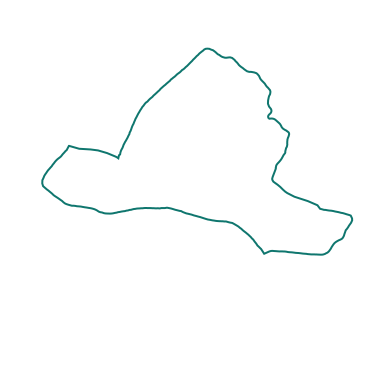 the district of Cidade De Tete, Tete, Mozambique, rotated 331°
{"feature_id": "85939544B33116803936279", "entity_name": "Cidade De Tete", "entity_type": "district", "adm_level": 2, "iso_a3": "MOZ", "parent_name": "Mozambique", "parent_adm1": "Tete", "projection": "orthographic", "projection_center": [33.575, -16.158], "detail": "fine", "context": "isolated", "style": "outline", "palette": "teal", "viewbox_px": 384, "rotation_deg": 331, "n_neighbors": 0, "source": "geoboundaries", "source_scale": "gbopen_adm2", "svg_char_len": 5919}
<svg xmlns="http://www.w3.org/2000/svg" viewBox="0 0 384 384"><g transform="rotate(331 192 192)"><path d="M319.4,289.6L318.4,288.4L317.2,287.2L316.2,286.2L315.1,285.0L313.7,283.6L312.2,282.4L311.3,281.5L310.1,280.4L309.0,279.5L307.8,278.5L306.5,277.3L305.4,276.4L304.9,276.0L302.7,274.5L301.3,273.4L300.1,272.4L298.8,271.6L297.4,270.2L295.9,268.8L295.3,264.4L288.9,256.1L279.3,245.8L275.0,239.4L274.9,239.3L273.7,236.9L272.7,234.0L271.6,230.2L271.3,229.5L270.7,227.9L269.6,225.4L269.4,225.2L269.0,224.2L268.2,222.5L268.1,220.9L268.4,219.5L269.1,218.7L269.9,217.9L275.7,213.0L276.5,212.3L276.9,211.8L276.9,211.6L277.1,211.5L277.4,211.0L278.6,209.6L279.9,208.9L281.2,208.4L282.0,208.2L284.2,207.4L285.8,206.7L287.7,205.6L288.6,205.0L290.0,204.1L291.4,203.5L292.3,203.1L292.8,202.6L293.1,202.0L293.4,201.6L293.8,201.1L294.4,200.5L295.3,199.5L295.4,199.4L295.8,199.1L296.9,198.4L297.6,197.6L298.3,196.8L298.8,195.7L299.3,194.9L299.8,194.0L300.4,193.2L300.8,192.5L300.9,192.4L301.5,191.8L302.2,191.1L303.3,190.3L304.3,189.3L305.1,188.4L305.4,187.4L305.4,186.7L304.9,185.4L304.5,184.7L304.4,184.2L303.7,183.2L303.0,182.0L302.4,180.9L302.1,179.8L301.9,178.8L302.0,177.5L302.0,176.6L302.0,175.7L301.8,174.6L301.4,173.4L301.2,172.8L300.8,171.7L300.4,170.5L299.9,169.2L299.5,168.4L298.8,167.5L297.7,166.6L296.8,166.1L295.9,165.7L295.2,165.4L294.8,164.5L294.8,163.8L295.2,162.8L295.7,162.3L295.9,162.2L296.4,161.9L297.2,161.6L298.2,161.4L299.1,161.1L299.8,160.7L300.6,159.9L301.1,159.0L301.3,157.8L301.2,156.9L301.0,155.8L300.8,154.6L301.0,153.3L301.2,151.8L301.5,151.1L302.2,150.1L302.6,149.3L303.2,148.5L303.9,147.7L304.5,147.0L305.1,146.3L305.8,145.6L306.3,145.2L307.3,144.6L307.8,144.2L308.5,143.3L309.1,142.5L309.4,141.8L309.5,141.0L309.6,140.8L309.0,137.6L308.5,136.1L308.3,134.5L308.2,132.5L307.7,130.6L307.2,128.9L306.7,126.8L306.7,125.3L306.9,123.0L306.5,120.9L306.0,119.4L304.5,117.7L303.2,116.6L301.8,115.5L300.2,114.6L298.7,113.1L297.9,111.5L297.1,109.8L296.6,108.4L295.7,106.6L295.1,105.2L294.6,103.7L294.4,102.1L294.1,100.5L293.5,98.7L293.3,97.2L292.7,95.7L292.1,94.2L290.6,92.7L289.1,92.0L287.5,91.4L285.9,90.5L285.0,89.6L284.0,88.6L283.0,87.0L282.4,85.5L281.4,84.1L280.9,82.7L280.4,81.1L279.8,79.7L279.1,78.2L277.7,76.7L276.6,75.2L275.0,74.1L273.4,73.4L271.8,73.3L270.3,73.7L268.8,73.9L267.6,74.1L266.9,74.2L265.4,74.5L263.7,75.1L262.0,75.4L260.2,76.0L258.5,76.5L257.2,76.8L255.7,77.4L253.8,77.9L252.1,78.4L250.5,78.9L248.8,79.4L247.1,79.7L245.4,80.2L244.0,80.5L242.6,80.5L241.0,81.0L239.5,81.4L237.9,81.6L236.2,81.8L234.7,82.2L232.8,82.7L231.1,82.9L229.7,83.2L228.1,83.4L226.4,84.1L225.0,84.3L223.7,84.6L222.1,84.9L220.7,85.3L219.2,85.5L217.8,85.8L215.6,86.3L214.3,86.6L212.9,87.2L211.4,87.5L209.1,88.1L206.6,88.7L205.1,89.0L203.5,89.6L201.8,89.9L200.2,90.2L198.5,90.7L196.9,91.3L194.9,91.5L193.3,92.1L191.4,93.0L189.7,93.6L188.2,94.5L186.4,95.4L184.6,96.5L183.0,97.4L181.2,98.6L179.6,99.7L178.1,100.6L176.9,101.6L175.3,102.8L173.9,104.0L172.3,105.0L170.7,106.3L169.3,107.6L167.9,108.8L166.3,109.8L165.3,111.0L163.8,111.9L161.9,113.3L160.6,114.1L159.0,115.1L157.7,115.8L156.4,116.7L155.0,117.6L153.7,118.8L152.3,119.9L150.8,120.8L149.4,121.9L148.5,122.8L147.3,124.3L145.9,124.5L143.9,126.8L143.1,125.1L142.1,123.7L136.6,116.8L130.0,110.1L123.9,105.6L114.3,99.5L106.9,92.1L106.7,92.0L102.7,94.6L101.1,94.9L100.4,95.2L98.7,95.8L97.7,96.1L96.4,96.6L95.8,96.9L94.5,97.4L93.0,97.7L91.4,97.9L89.8,98.2L88.1,98.7L86.5,99.3L85.0,100.0L83.4,100.6L81.7,101.5L80.1,102.0L78.5,102.6L76.7,103.2L75.2,103.9L73.5,104.8L72.2,105.4L70.6,106.3L69.4,107.3L68.1,108.3L66.9,109.1L65.2,111.9L64.6,114.7L66.3,119.4L67.1,121.1L67.7,122.7L68.3,124.2L68.9,125.8L69.4,127.6L70.1,129.1L70.8,130.4L71.7,132.1L72.5,133.7L73.1,135.0L74.0,136.8L74.6,138.7L75.4,140.5L76.3,141.7L77.6,143.1L78.8,144.3L80.2,145.7L81.8,146.6L83.2,147.6L84.5,148.7L86.2,149.8L87.8,150.9L89.1,152.0L90.7,153.3L92.3,154.5L93.9,155.8L95.6,157.1L96.6,158.0L98.0,159.4L99.0,160.6L100.0,162.1L100.9,163.9L102.0,165.2L103.4,166.3L104.8,167.9L106.1,168.9L107.7,169.9L109.4,170.9L111.1,171.8L112.7,172.4L114.4,172.9L116.1,173.5L117.6,173.8L119.1,174.4L120.8,174.9L122.7,175.6L124.1,176.2L125.6,176.5L127.1,177.1L128.7,177.4L130.0,178.0L131.4,178.3L132.9,178.7L134.3,179.3L135.6,179.7L136.9,180.3L138.3,181.0L139.7,181.6L141.0,182.3L142.5,182.9L144.2,183.8L145.7,184.7L147.5,185.7L149.1,186.7L150.8,187.7L152.5,188.8L154.3,189.7L155.8,190.7L157.4,191.2L158.9,192.0L160.5,192.9L162.5,193.6L164.1,194.9L165.6,196.2L167.1,197.7L168.6,199.3L170.1,200.7L171.9,202.4L173.3,203.5L174.2,205.0L175.6,206.7L176.7,208.0L178.1,209.2L179.5,210.5L180.7,211.6L182.3,213.4L184.0,215.0L185.4,216.4L187.0,217.9L188.3,219.3L189.6,220.7L191.2,222.4L192.6,223.8L194.4,225.2L196.0,226.6L197.6,227.8L198.7,228.7L200.1,229.7L201.5,230.6L202.8,231.4L204.8,232.6L206.2,233.6L207.4,234.2L208.4,235.2L209.4,236.2L210.6,237.3L212.2,238.6L213.1,240.0L214.0,241.5L215.0,243.2L215.9,244.8L216.5,246.5L217.3,248.1L217.8,249.8L218.5,251.6L219.4,253.6L220.0,255.2L220.6,256.7L221.1,258.4L221.6,259.9L221.9,261.6L222.5,263.3L222.7,265.6L223.0,267.3L223.2,268.7L223.3,270.6L223.8,272.0L224.3,273.8L224.8,275.4L225.2,281.0L230.9,281.5L232.6,281.9L233.8,282.5L235.3,283.5L236.7,284.4L238.2,285.4L239.7,286.4L241.2,287.2L242.6,288.0L244.1,288.9L245.4,289.8L246.9,291.1L248.5,292.2L250.1,293.2L251.6,294.3L253.2,295.5L254.3,296.2L255.7,297.1L257.5,298.4L259.1,299.6L260.6,300.6L262.0,301.5L263.1,302.4L264.6,303.4L266.2,304.5L267.7,305.3L268.9,306.0L270.6,307.0L272.2,308.0L273.5,308.8L275.2,309.8L276.6,310.3L278.1,310.6L279.7,310.6L281.1,310.7L282.9,310.3L284.2,309.7L285.9,308.9L287.4,307.9L289.1,307.0L290.3,306.4L291.8,305.8L293.4,305.5L295.0,305.4L297.0,305.4L298.8,305.6L300.4,305.6L301.9,305.1L303.7,303.9L305.1,302.5L306.6,301.2L307.9,300.0L309.8,299.3L311.6,298.4L313.1,297.5L314.4,296.9L316.3,296.0L317.3,295.2L318.3,294.5L319.2,292.7L319.4,289.6Z" fill="none" stroke="#0f766e" stroke-width="2"/></g></svg>